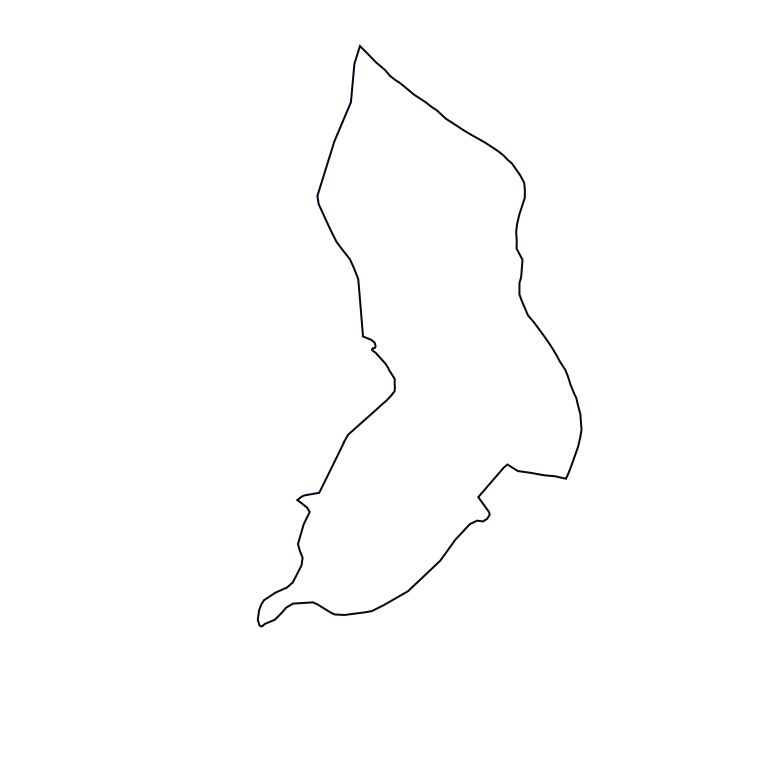 the district of Ghamr, Sa`dah, Yemen, rotated 33°
{"feature_id": "15242507B39304781263457", "entity_name": "Ghamr", "entity_type": "district", "adm_level": 2, "iso_a3": "YEM", "parent_name": "Yemen", "parent_adm1": "Sa`dah", "projection": "natural_earth1", "projection_center": [43.319, 16.975], "detail": "fine", "context": "isolated", "style": "outline", "palette": "ink", "viewbox_px": 768, "rotation_deg": 33, "n_neighbors": 0, "source": "geoboundaries", "source_scale": "gbopen_adm2", "svg_char_len": 2529}
<svg xmlns="http://www.w3.org/2000/svg" viewBox="0 0 768 768"><g transform="rotate(33 384 384)"><path d="M179.8,113.7L184.8,131.6L202.8,165.7L208.0,195.0L210.3,207.8L225.7,262.5L227.6,264.7L230.0,267.3L230.2,267.6L231.2,268.7L251.7,281.7L253.8,283.0L264.3,289.2L266.6,290.6L276.5,294.2L287.4,297.9L295.0,302.7L305.1,309.9L312.1,318.8L335.2,348.7L336.4,350.2L340.5,355.6L349.4,353.9L353.5,354.4L354.7,355.3L356.3,356.8L356.7,358.4L356.1,359.7L355.2,360.0L355.1,361.1L355.5,362.0L357.0,362.3L359.7,362.3L373.7,366.0L378.3,368.0L381.0,369.7L390.3,373.9L392.5,377.6L394.8,380.6L396.8,384.1L396.4,389.2L395.3,396.0L393.9,400.7L393.2,403.1L391.6,409.3L391.0,411.7L381.5,446.0L381.9,452.4L382.0,454.9L382.3,454.9L384.8,475.8L386.2,487.5L387.9,501.6L388.7,508.7L388.8,509.6L388.9,510.5L377.9,520.8L376.2,523.5L374.5,528.6L379.2,528.8L386.9,529.6L391.4,531.8L393.1,545.5L399.0,565.0L403.9,569.5L410.4,574.1L413.6,581.0L415.6,600.1L413.5,607.5L406.6,618.1L401.1,630.7L401.2,635.5L402.4,641.6L406.6,650.6L410.8,654.1L412.8,654.3L413.9,653.3L414.7,650.2L420.8,641.2L423.0,630.9L423.7,625.0L427.3,617.7L437.1,610.5L443.2,605.9L447.8,605.1L464.4,604.7L468.6,604.0L469.0,603.7L476.7,599.2L491.9,586.3L497.5,581.1L501.4,574.4L503.3,571.2L504.0,570.0L510.1,558.2L517.0,544.7L517.1,544.1L521.8,524.8L525.2,510.8L526.8,504.0L527.4,501.7L528.1,487.8L528.6,476.1L532.3,454.8L536.5,447.9L541.8,445.4L543.9,441.1L543.9,436.1L541.8,434.2L540.2,433.6L524.7,427.5L530.0,388.8L530.1,388.5L531.4,384.3L543.7,384.1L553.5,379.5L559.0,377.1L567.4,373.6L571.9,371.3L577.3,368.4L581.4,366.9L588.2,364.3L588.0,363.2L587.5,359.3L585.5,349.8L582.3,336.5L581.1,331.4L577.9,322.5L574.7,315.0L565.4,302.7L559.6,297.4L558.0,295.9L553.0,291.1L547.5,287.7L546.3,286.8L540.7,282.9L533.3,276.8L528.3,273.4L519.8,269.6L519.1,269.3L512.9,265.8L503.0,261.1L498.1,259.0L491.3,256.3L483.8,253.5L476.6,250.8L476.1,250.6L467.3,248.0L453.1,238.4L451.3,237.0L450.5,236.4L448.8,235.1L442.6,225.5L440.7,219.4L432.5,204.4L421.4,198.2L419.5,195.1L417.7,192.1L412.1,184.6L409.1,178.6L408.7,177.9L408.4,177.0L405.2,168.2L400.7,151.2L399.6,149.5L398.6,147.9L396.4,144.4L392.0,138.9L384.6,134.8L371.0,129.3L365.5,128.6L360.0,127.3L354.8,126.7L353.2,126.6L342.8,126.5L337.3,126.5L323.2,127.4L314.6,127.8L307.9,127.8L299.2,127.8L291.3,127.8L279.0,125.7L272.9,125.7L264.9,125.0L257.5,125.0L252.0,125.0L237.5,123.3L233.6,122.9L228.1,122.9L224.6,122.6L220.7,122.2L213.9,120.1L203.5,118.8L202.8,118.7L202.2,118.6L191.6,116.2L179.8,113.7Z" fill="none" stroke="#020617" stroke-width="2"/></g></svg>